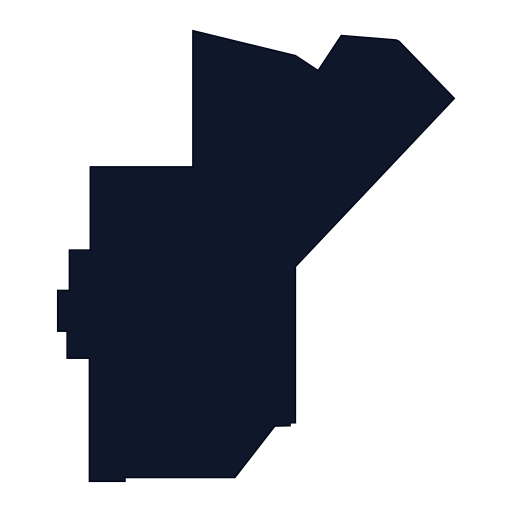 95, Ar Rayyān, Qatar (Mercator projection)
{"feature_id": "91078587B87782055915042", "entity_name": "95", "entity_type": "district", "adm_level": 2, "iso_a3": "QAT", "parent_name": "Qatar", "parent_adm1": "Ar Rayyān", "projection": "mercator", "projection_center": [51.234, 24.913], "detail": "fine", "context": "isolated", "style": "filled", "palette": "ink", "viewbox_px": 512, "rotation_deg": 0, "n_neighbors": 0, "source": "geoboundaries", "source_scale": "gbopen_adm2", "svg_char_len": 505}
<svg xmlns="http://www.w3.org/2000/svg" viewBox="0 0 512 512"><path d="M89.4,481.1L89.4,481.3L125.0,481.3L125.0,477.5L234.9,477.5L274.8,426.1L290.1,425.7L290.0,422.8L295.4,422.8L295.4,266.6L355.2,203.3L454.0,98.7L454.3,98.4L399.0,41.3L396.1,40.0L341.3,35.5L318.1,70.6L295.6,55.7L242.1,42.7L192.9,30.7L192.9,30.8L192.9,166.9L90.3,166.9L90.3,167.0L90.3,250.1L69.4,250.1L69.4,290.4L57.7,290.4L57.7,331.2L67.1,331.2L67.1,358.2L89.4,358.2L89.4,481.1Z" fill="#0f172a" stroke="#020617" stroke-width="1.5"/></svg>